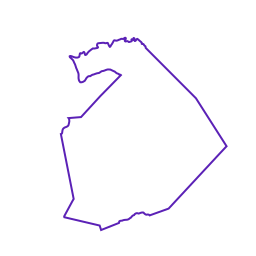 San Francisco de Yojoa, Cortés, Honduras, rotated 342°
{"feature_id": "27666195B57789341600381", "entity_name": "San Francisco de Yojoa", "entity_type": "district", "adm_level": 2, "iso_a3": "HND", "parent_name": "Honduras", "parent_adm1": "Cortés", "projection": "natural_earth1", "projection_center": [-87.991, 15.032], "detail": "fine", "context": "isolated", "style": "outline", "palette": "violet", "viewbox_px": 256, "rotation_deg": 342, "n_neighbors": 0, "source": "geoboundaries", "source_scale": "gbopen_adm2", "svg_char_len": 5157}
<svg xmlns="http://www.w3.org/2000/svg" viewBox="0 0 256 256"><g transform="rotate(342 128 128)"><path d="M74.5,100.2L74.6,100.5L74.6,100.9L74.7,101.3L74.7,101.6L74.7,101.9L74.6,102.3L74.4,102.9L74.3,103.4L74.1,103.8L73.4,105.1L72.6,106.4L72.4,106.7L72.2,107.0L71.9,107.2L71.6,107.4L71.2,107.6L70.9,107.7L69.7,107.9L67.7,108.0L67.3,108.2L66.8,108.3L66.6,108.4L66.3,108.6L66.0,108.8L65.7,109.0L65.3,109.5L64.8,110.3L64.1,111.8L63.8,112.3L63.7,112.5L63.3,112.8L63.1,112.9L63.0,113.0L62.7,113.0L62.3,113.0L54.4,178.7L52.6,180.3L40.0,192.3L39.9,193.2L70.9,212.0L70.9,216.7L90.1,215.5L90.3,215.3L90.7,214.3L90.9,214.1L91.2,214.0L91.3,214.0L91.8,213.9L92.4,214.0L93.0,214.1L93.7,214.3L95.0,214.2L96.6,214.4L98.6,214.9L99.5,215.0L100.5,214.9L101.4,214.6L102.1,214.3L102.9,214.2L103.4,213.9L104.2,213.4L104.9,213.0L105.5,212.8L106.1,212.7L106.9,212.7L107.3,212.4L107.8,212.0L108.9,211.7L109.4,211.7L109.8,211.7L110.5,211.9L111.8,212.7L113.5,212.6L114.2,212.6L115.2,212.7L116.2,213.0L116.7,213.4L116.9,214.0L117.2,214.5L117.5,215.0L118.0,215.6L118.6,216.1L120.2,216.4L121.0,216.9L121.4,217.4L121.6,217.8L141.7,217.2L207.2,180.7L216.1,175.8L201.8,120.7L169.7,57.5L169.6,57.3L169.6,57.1L169.8,56.1L169.8,55.7L169.0,54.5L168.8,53.6L168.7,53.2L168.5,52.9L168.3,52.8L168.1,52.7L167.7,52.6L167.4,52.5L167.3,52.4L167.2,52.3L167.1,52.1L167.2,51.7L167.3,51.3L167.4,51.2L167.3,50.9L167.0,50.2L166.2,49.0L165.4,47.6L164.7,46.5L164.5,46.3L164.3,46.1L164.2,46.1L163.8,46.2L162.5,47.1L162.0,47.4L161.9,47.4L161.7,47.4L161.4,47.3L161.4,47.1L161.3,46.9L161.3,46.7L161.3,46.3L161.7,45.2L161.8,45.0L161.8,44.9L161.7,44.7L161.5,44.4L161.4,44.3L161.3,44.2L161.1,44.2L161.0,44.3L160.9,44.4L160.8,44.6L160.6,44.8L160.6,45.0L160.6,45.3L160.5,45.5L160.4,45.6L160.2,45.8L160.1,45.7L159.8,45.6L159.7,45.4L159.5,45.1L159.4,44.9L159.1,44.8L158.9,44.8L158.7,44.9L158.7,45.1L158.7,45.3L158.7,45.5L158.7,45.8L158.6,46.1L158.5,46.3L158.3,46.5L158.1,46.6L157.8,46.6L156.6,46.6L156.0,46.6L155.8,46.6L155.5,46.5L155.3,46.4L155.2,46.2L154.8,45.7L154.5,45.4L154.4,45.3L154.3,45.2L153.9,45.1L153.0,45.0L152.5,44.9L152.3,44.9L152.2,44.8L152.1,44.6L151.9,44.3L151.9,44.1L152.0,44.0L152.1,43.7L152.3,43.5L152.5,43.3L153.0,43.0L153.2,42.8L153.4,42.6L153.5,42.4L153.6,42.1L153.6,41.9L153.6,41.7L153.3,41.4L153.2,41.3L152.9,41.3L152.7,41.3L152.2,41.4L151.8,41.6L151.6,41.8L151.3,41.8L151.0,41.9L150.9,41.9L150.3,41.5L149.9,41.4L149.4,41.2L149.2,41.1L148.9,41.1L148.5,41.2L147.6,41.3L146.7,41.3L145.0,41.5L144.5,41.4L144.1,41.4L143.7,41.3L143.4,41.1L142.9,40.8L142.4,40.5L142.1,40.4L141.9,40.4L141.6,40.5L141.3,40.7L141.0,41.0L140.5,41.5L139.0,42.9L138.5,43.3L137.5,44.0L136.9,44.6L136.6,44.9L136.3,45.1L136.1,45.2L135.8,45.2L135.7,45.0L135.5,44.5L135.3,43.4L135.1,41.4L135.1,41.1L134.9,40.8L134.7,40.7L134.4,40.6L133.9,40.6L133.7,40.6L133.2,40.5L132.8,40.4L132.5,40.3L132.3,40.2L132.1,40.0L131.7,39.7L131.0,39.4L130.4,39.2L130.1,39.1L129.1,38.9L128.2,38.7L126.8,38.4L125.9,38.2L125.7,38.2L125.2,38.3L125.0,38.5L124.8,38.6L124.7,38.7L124.5,39.0L124.3,39.3L124.2,39.6L124.0,40.0L124.0,40.3L124.1,40.6L124.1,40.9L124.4,41.6L124.4,41.9L124.4,42.0L124.1,42.2L124.0,42.3L123.8,42.3L123.4,42.4L122.9,42.3L122.0,42.2L121.1,42.1L120.6,42.0L119.8,41.8L119.5,41.6L119.3,41.5L119.1,41.5L118.8,41.6L118.1,41.8L116.9,42.2L115.3,42.8L114.3,43.2L112.8,44.1L111.6,45.0L111.4,45.2L111.0,45.3L110.6,45.4L110.3,45.4L110.1,45.4L109.9,45.3L109.8,45.1L109.8,44.8L109.8,44.4L109.8,44.1L109.9,43.6L109.9,43.4L109.9,43.2L109.9,42.9L109.7,42.5L109.6,42.1L109.4,42.0L109.0,42.1L108.5,42.3L108.1,42.5L107.8,42.6L107.6,42.7L107.1,42.7L106.8,42.7L106.4,42.7L106.2,42.4L106.0,42.2L105.8,42.2L105.7,42.2L105.3,42.3L105.0,42.8L104.7,43.3L104.2,44.3L104.0,44.7L103.7,44.9L103.5,45.2L103.2,45.3L102.9,45.4L102.4,45.4L101.7,45.4L101.3,45.3L100.6,45.1L99.9,44.8L99.1,44.3L98.2,43.7L97.7,43.3L97.2,42.9L96.8,42.5L96.3,42.2L95.9,41.9L95.7,41.8L95.3,41.7L95.1,41.7L94.9,41.7L94.8,41.8L94.7,41.8L94.6,42.0L94.6,42.4L94.7,42.9L94.9,43.1L95.2,43.6L95.7,44.6L96.0,45.2L96.4,45.8L96.5,46.2L96.6,46.5L96.8,47.2L97.0,49.2L97.1,50.0L97.3,51.2L97.3,51.6L97.3,52.0L97.3,53.4L97.3,55.3L97.4,55.8L97.5,57.1L97.6,58.8L97.7,59.8L97.7,60.7L97.6,61.4L97.5,61.9L97.4,62.3L97.2,62.9L96.8,64.0L96.6,64.6L96.4,65.2L96.3,65.7L96.2,66.3L96.2,66.7L96.1,67.1L96.1,67.5L96.2,67.9L96.2,68.2L96.3,68.6L96.5,69.1L96.6,69.5L96.8,69.8L97.1,69.9L97.7,70.1L98.6,70.2L99.1,70.2L99.6,70.2L100.2,70.0L101.0,69.9L101.5,69.7L101.8,69.5L103.9,67.7L104.1,67.5L104.8,67.2L105.3,66.9L105.8,66.7L106.1,66.7L106.4,66.6L107.2,66.7L107.6,66.8L107.9,67.0L108.2,67.0L108.4,67.0L108.6,66.9L108.8,66.8L109.1,66.7L110.4,66.4L110.7,66.4L111.2,66.4L111.7,66.5L113.7,66.4L115.5,66.4L117.4,66.7L117.8,66.6L118.3,66.5L118.9,66.3L119.6,66.1L119.9,66.0L120.3,65.9L120.5,65.9L121.0,65.9L122.2,66.1L123.3,66.1L123.8,66.1L124.4,66.0L125.0,66.0L125.7,66.0L126.3,66.0L126.9,66.1L127.5,66.3L128.1,66.5L129.2,67.0L129.3,67.0L131.7,69.3L132.4,69.9L132.7,70.1L133.1,70.7L133.6,71.6L134.0,72.1L134.3,72.5L134.5,72.7L135.2,73.2L135.9,73.8L135.9,74.0L136.0,74.2L136.1,74.3L136.2,74.5L136.5,74.7L137.4,75.1L137.5,75.3L137.6,75.5L111.7,89.0L86.7,103.1L74.5,100.2Z" fill="none" stroke="#5b21b6" stroke-width="2"/></g></svg>